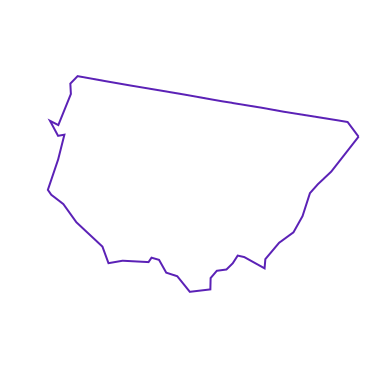 outline of Robertson, Tennessee, United States of America, rotated 11°
{"feature_id": "52423323B41638687445391", "entity_name": "Robertson", "entity_type": "district", "adm_level": 2, "iso_a3": "USA", "parent_name": "United States of America", "parent_adm1": "Tennessee", "projection": "orthographic", "projection_center": [-86.862, 36.501], "detail": "fine", "context": "isolated", "style": "outline", "palette": "violet", "viewbox_px": 384, "rotation_deg": 11, "n_neighbors": 0, "source": "geoboundaries", "source_scale": "gbopen_adm2", "svg_char_len": 784}
<svg xmlns="http://www.w3.org/2000/svg" viewBox="0 0 384 384"><g transform="rotate(11 192 192)"><path d="M54.4,221.6L68.0,228.4L84.3,243.8L114.5,262.7L123.6,277.8L137.0,272.7L162.7,269.1L164.8,264.2L172.6,264.9L182.1,276.1L193.6,277.5L208.9,290.4L228.6,284.1L226.7,272.9L231.4,264.6L240.6,261.5L245.6,254.2L249.0,245.7L255.7,245.9L277.8,253.1L276.8,243.9L287.2,225.2L299.3,212.2L305.1,194.6L308.0,170.6L314.1,160.3L324.8,145.4L345.0,105.8L344.9,105.9L331.4,93.6L323.5,93.8L322.8,93.8L266.8,95.7L243.3,96.0L241.0,96.1L215.1,96.9L213.4,96.8L212.3,96.9L204.6,97.2L193.6,97.4L166.6,97.8L166.3,97.8L111.6,99.2L85.8,99.7L57.6,100.1L51.9,108.8L54.4,118.9L48.0,151.8L39.0,149.2L49.8,162.4L55.8,160.1L54.4,185.6L50.1,217.4L54.4,221.6Z" fill="none" stroke="#5b21b6" stroke-width="2"/></g></svg>